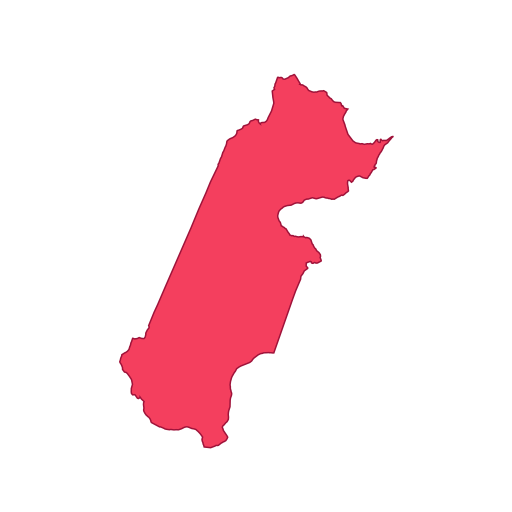 the district of Paraiso, Cartago, Costa Rica, rotated 55°
{"feature_id": "36466004B34064705280782", "entity_name": "Paraiso", "entity_type": "district", "adm_level": 2, "iso_a3": "CRI", "parent_name": "Costa Rica", "parent_adm1": "Cartago", "projection": "orthographic", "projection_center": [-83.78, 9.73], "detail": "fine", "context": "isolated", "style": "filled", "palette": "rose", "viewbox_px": 512, "rotation_deg": 55, "n_neighbors": 0, "source": "geoboundaries", "source_scale": "gbopen_adm2", "svg_char_len": 6107}
<svg xmlns="http://www.w3.org/2000/svg" viewBox="0 0 512 512"><g transform="rotate(55 256 256)"><path d="M382.7,408.0L387.0,403.1L388.2,398.5L388.2,397.4L389.3,396.0L389.5,395.3L389.3,391.5L389.5,390.5L389.5,389.4L389.8,388.3L389.9,386.6L389.1,384.6L388.2,383.1L386.5,382.9L380.2,382.8L379.0,382.3L377.1,381.9L376.8,381.6L376.4,381.1L376.1,380.3L376.0,379.0L375.3,376.6L375.1,374.7L374.0,372.4L372.3,371.0L370.0,369.7L368.4,368.4L367.1,367.1L364.6,363.8L359.2,359.8L357.6,358.2L356.2,356.2L355.1,355.1L354.3,354.6L352.8,354.2L351.5,353.6L350.4,353.3L348.7,352.3L348.6,352.1L346.7,351.2L344.1,348.8L341.8,346.0L341.0,344.8L339.2,341.0L338.5,338.9L337.2,336.5L337.2,333.2L337.5,331.1L339.6,322.2L339.5,319.8L338.8,318.0L338.4,316.1L338.2,310.9L338.6,308.3L339.5,306.4L339.7,305.3L342.6,300.7L343.1,300.3L343.9,299.1L344.6,298.4L345.6,297.0L312.3,250.7L307.2,243.4L300.6,232.8L298.4,230.9L297.3,227.6L295.9,225.0L295.8,220.8L295.3,220.4L293.1,220.7L291.4,219.5L291.1,219.1L290.6,218.9L290.7,217.8L291.5,214.7L292.5,214.1L293.2,214.5L294.1,214.2L294.7,213.5L294.9,211.8L295.2,211.5L295.9,211.2L296.6,210.4L297.0,209.6L297.5,205.6L297.0,205.1L294.0,204.3L293.3,203.3L291.8,202.5L289.3,202.5L286.4,203.3L284.4,203.0L283.6,203.3L282.7,203.3L281.1,203.2L279.6,202.8L278.3,203.0L274.3,201.8L272.3,202.1L271.8,202.3L269.9,203.8L269.7,204.7L267.7,205.8L267.0,205.8L267.4,206.2L266.5,207.2L265.5,208.7L265.0,210.0L263.8,211.3L262.5,212.3L261.9,213.4L260.5,214.0L259.7,215.3L258.7,215.8L258.1,216.3L257.1,216.0L254.5,216.1L251.0,215.8L250.0,216.4L248.9,216.5L248.0,217.1L246.9,217.3L245.9,218.0L242.4,216.8L240.4,216.9L236.7,215.9L235.3,215.0L233.2,212.6L232.3,211.1L231.8,208.8L231.8,207.1L231.6,205.8L231.7,204.4L232.6,201.5L234.5,198.0L235.0,194.4L235.5,192.8L236.5,191.1L238.3,189.2L238.8,188.1L238.7,186.4L237.9,184.4L238.4,182.0L238.8,181.2L239.2,180.9L240.6,176.4L243.3,174.2L243.9,173.4L245.8,167.8L247.0,166.4L247.4,166.3L248.7,165.3L249.7,164.0L250.4,163.7L250.8,163.1L251.9,162.1L253.0,161.4L253.5,160.3L254.4,159.3L254.6,155.6L254.9,153.6L255.1,153.4L255.1,151.6L255.3,150.8L256.2,150.1L256.2,148.1L255.9,146.4L255.9,143.7L255.7,142.9L253.2,141.6L253.1,141.4L249.5,139.7L248.2,138.8L247.0,137.6L247.0,136.9L247.7,135.9L250.3,135.5L250.3,133.9L249.6,132.6L248.7,129.6L248.7,128.2L249.4,126.0L249.7,125.4L250.4,124.9L253.2,123.5L255.4,121.4L256.2,120.3L255.3,117.9L255.0,117.5L255.0,116.6L254.5,115.6L254.0,115.0L253.9,114.0L252.4,111.0L252.8,109.7L252.8,107.4L252.7,107.1L252.3,107.1L251.7,107.5L251.2,108.3L250.7,108.1L250.3,107.4L250.1,107.3L250.0,106.6L249.3,105.9L249.3,105.1L248.9,104.2L247.1,102.6L246.5,101.7L245.6,100.8L244.6,98.7L243.9,97.7L243.2,95.9L242.9,95.6L242.3,93.5L241.3,91.5L240.9,90.9L240.7,90.3L239.3,88.2L238.8,86.8L238.8,83.3L237.8,80.2L237.7,79.3L236.9,76.7L236.8,74.8L236.1,76.6L236.1,79.5L236.2,79.9L236.2,82.8L234.4,85.3L234.3,86.0L234.1,86.2L233.1,86.7L232.0,86.8L232.0,87.4L233.0,88.3L234.0,88.8L234.1,89.3L233.5,90.0L232.9,90.4L231.5,90.5L231.0,89.7L230.5,89.7L230.0,90.3L230.0,91.4L230.4,92.4L230.9,93.9L231.2,95.8L231.2,96.5L230.3,97.4L229.5,97.6L229.0,99.1L227.9,100.4L226.7,103.2L224.8,104.7L223.9,106.4L223.1,106.9L220.9,109.1L220.1,109.6L217.3,110.6L209.1,110.9L201.2,108.6L199.4,107.9L194.3,106.6L193.5,106.2L191.8,104.3L190.7,102.2L189.6,99.7L189.0,99.0L188.3,96.5L185.7,98.9L182.6,98.8L182.5,99.5L181.8,99.6L180.0,98.9L178.7,98.9L175.7,102.7L174.9,103.4L174.1,103.8L172.5,104.1L170.3,104.2L168.6,105.0L167.1,105.1L165.8,105.5L164.9,105.5L162.9,104.4L162.4,104.4L159.7,105.6L159.3,105.9L158.9,107.1L158.4,107.6L157.2,109.6L156.7,111.3L156.5,112.3L155.6,113.4L155.1,114.6L153.6,116.0L150.6,117.9L149.1,118.0L147.9,117.8L146.1,118.1L144.4,119.0L142.8,119.6L142.1,120.2L141.7,121.0L140.6,121.3L140.4,121.6L140.1,121.0L137.1,120.8L134.0,120.5L129.9,120.4L129.2,120.7L129.1,121.8L128.7,123.6L128.2,124.6L128.2,125.7L128.5,127.0L127.7,131.0L127.1,131.8L126.5,132.3L125.3,132.3L124.1,133.0L123.5,134.3L122.9,135.1L122.2,135.4L122.1,135.9L125.7,140.9L126.0,141.7L127.8,143.3L128.4,144.7L129.1,145.0L130.1,145.2L130.2,148.1L136.0,151.3L139.7,153.0L141.1,153.8L146.1,160.1L149.7,166.8L150.8,168.4L151.5,170.1L151.5,172.3L150.0,174.7L149.8,175.7L149.9,176.7L150.2,176.8L149.3,177.1L147.8,177.0L147.2,176.9L145.9,175.9L144.9,177.1L143.5,178.1L143.1,180.9L142.4,182.7L142.5,183.8L143.4,185.2L143.7,186.1L143.6,187.7L142.4,191.4L142.5,192.2L143.1,192.7L143.2,193.2L143.6,193.6L143.6,195.1L143.0,198.0L142.6,199.0L142.6,199.7L144.4,201.3L145.2,202.7L145.7,204.5L145.7,207.1L145.1,209.7L145.0,210.7L145.1,213.4L145.6,214.3L147.3,215.9L148.8,217.9L149.1,218.7L151.6,222.4L152.1,223.7L155.1,227.5L155.7,229.0L158.8,233.3L159.1,234.4L160.5,235.3L169.2,250.8L175.8,261.1L184.8,276.0L195.7,293.1L230.0,349.2L239.4,364.4L243.7,371.8L251.5,383.9L252.6,384.1L253.4,384.7L254.3,387.5L255.7,390.1L256.1,390.6L257.1,391.3L258.8,393.2L259.4,394.7L259.4,395.1L257.9,397.0L255.8,398.5L255.6,400.2L255.2,401.3L254.2,403.1L252.7,404.1L252.7,404.3L254.8,407.1L255.4,408.2L257.3,410.3L257.6,411.0L259.7,413.7L260.3,416.0L260.3,418.2L260.1,418.7L259.9,422.5L260.8,423.3L262.1,425.4L263.7,427.1L264.2,428.0L265.2,428.5L267.6,428.6L269.1,428.9L270.9,429.4L272.4,430.4L275.6,430.3L277.0,429.1L278.5,428.8L281.6,428.7L285.1,428.8L286.2,429.0L290.3,430.8L293.0,434.1L295.7,436.1L297.0,436.8L298.4,436.8L299.1,436.6L299.8,435.2L300.5,434.7L304.4,434.7L305.2,434.2L305.4,433.9L305.4,432.5L305.6,432.3L305.1,431.9L307.6,431.9L309.6,431.4L311.0,431.2L311.8,432.3L313.2,433.4L316.3,435.0L317.7,436.4L318.9,436.9L321.2,437.2L323.2,437.2L324.3,436.9L325.3,436.8L326.5,436.3L328.4,436.2L330.6,436.6L331.3,437.0L332.4,437.2L340.7,433.0L341.0,432.4L342.6,431.3L344.6,430.1L345.4,429.8L346.7,428.6L348.7,426.5L348.7,426.2L349.4,425.1L351.4,422.9L352.5,421.0L353.9,419.2L354.8,416.0L355.2,413.0L355.9,411.1L356.6,410.2L357.7,409.3L360.4,407.6L362.2,405.8L363.6,404.8L364.4,404.5L365.0,404.5L365.8,404.2L368.2,403.8L370.0,403.6L373.4,403.6L373.7,403.6L374.1,404.1L375.2,405.4L375.5,405.4L375.9,405.8L377.2,406.3L378.4,406.5L379.6,407.1L381.1,407.4L382.7,408.0Z" fill="#f43f5e" stroke="#9f1239" stroke-width="1.5"/></g></svg>